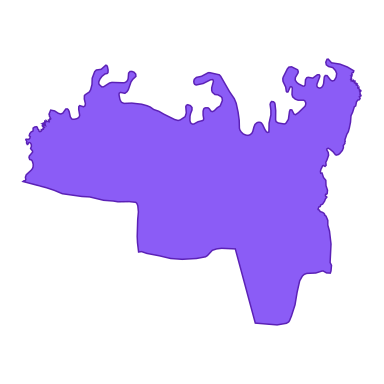 Changhan, Roi Et, Thailand (Equal Earth projection)
{"feature_id": "78962969B4502955936571", "entity_name": "Changhan", "entity_type": "district", "adm_level": 2, "iso_a3": "THA", "parent_name": "Thailand", "parent_adm1": "Roi Et", "projection": "equal_earth", "projection_center": [103.624, 16.158], "detail": "fine", "context": "isolated", "style": "filled", "palette": "violet", "viewbox_px": 384, "rotation_deg": 0, "n_neighbors": 0, "source": "geoboundaries", "source_scale": "gbopen_adm2", "svg_char_len": 5828}
<svg xmlns="http://www.w3.org/2000/svg" viewBox="0 0 384 384"><path d="M347.4,67.0L339.9,64.1L331.5,62.8L328.2,59.1L327.0,59.3L325.8,62.2L326.3,64.8L328.5,66.5L332.8,67.6L335.5,70.6L336.7,73.5L336.1,77.3L334.3,80.4L332.3,81.0L330.5,80.0L327.1,75.6L325.3,75.5L324.3,77.0L323.6,83.6L322.9,85.7L321.6,87.4L319.8,88.2L317.7,87.4L317.1,86.7L316.8,85.2L317.1,83.7L319.8,76.6L319.7,75.4L319.1,74.7L317.3,74.8L312.8,78.1L308.2,77.3L306.8,77.7L305.5,79.7L305.1,85.0L304.3,86.0L303.2,86.2L298.6,83.9L296.8,82.5L295.2,80.1L295.4,77.4L298.1,72.8L298.2,71.3L297.6,69.8L291.6,66.8L288.9,67.1L287.4,68.8L283.2,77.2L282.8,78.8L283.0,81.3L285.7,87.1L286.3,91.3L287.0,92.1L288.0,91.9L290.1,87.1L290.9,86.6L291.7,86.9L292.3,88.0L292.0,94.6L292.7,96.9L295.2,99.1L298.1,100.2L303.6,100.2L304.8,100.8L305.8,103.0L305.6,104.8L305.0,106.3L298.5,112.6L295.5,114.7L294.0,114.1L291.8,109.9L290.2,109.8L289.5,111.4L288.4,119.3L286.1,123.0L284.9,123.9L283.8,123.9L278.3,123.0L276.1,121.7L275.6,119.8L275.7,110.6L275.0,104.0L274.6,102.8L273.5,101.8L271.6,101.5L270.6,102.7L270.1,104.4L270.9,110.4L270.9,114.9L269.1,123.1L268.9,132.0L267.6,132.5L266.4,131.8L264.9,129.5L262.6,124.6L261.3,122.9L260.0,122.3L258.2,122.3L257.0,122.7L255.0,124.4L253.9,127.1L252.8,131.4L251.8,133.3L250.0,134.8L248.0,135.4L245.9,135.1L243.3,134.0L241.2,132.0L239.9,130.0L239.4,128.2L239.2,120.3L238.1,112.2L236.2,103.3L234.3,98.7L229.6,91.8L220.7,76.3L219.3,74.8L210.0,72.7L208.2,72.7L201.5,76.3L196.4,77.4L194.3,79.3L193.8,81.2L194.0,83.1L194.7,84.3L196.1,85.0L203.2,83.5L210.5,79.8L212.6,79.6L213.1,80.1L213.4,81.5L211.7,87.8L211.7,90.5L212.4,92.3L214.9,94.5L217.9,94.8L221.0,96.6L222.0,97.8L222.4,100.5L220.2,105.9L217.2,107.8L214.3,110.7L212.6,111.6L211.1,111.3L209.1,108.6L208.0,107.8L205.6,107.8L204.4,108.2L203.7,109.0L203.1,111.1L203.1,115.1L203.7,118.6L203.4,120.0L202.5,120.6L198.1,121.7L193.9,124.0L192.4,124.1L190.6,122.9L189.9,120.5L190.0,116.0L190.6,113.5L192.0,110.0L192.0,107.5L190.4,105.6L187.7,104.7L186.4,105.3L185.8,106.7L186.3,113.0L185.1,116.7L180.3,119.9L178.1,120.5L174.6,119.5L163.7,114.1L158.9,111.3L153.7,109.5L150.2,107.0L147.0,105.7L141.6,104.2L131.8,103.1L124.0,103.4L121.7,102.4L120.9,101.5L119.9,99.4L119.0,94.7L119.2,93.2L120.5,92.4L124.9,93.3L127.0,91.7L128.3,89.7L131.0,81.9L132.7,79.4L135.9,76.4L135.7,74.1L134.0,72.2L131.9,71.4L130.0,71.5L128.6,73.1L128.2,78.3L127.8,79.8L126.7,81.4L125.3,82.4L123.8,82.8L111.9,82.4L109.5,83.0L103.6,86.8L101.8,86.9L99.2,84.5L98.8,83.5L98.8,81.8L100.0,79.0L102.0,76.3L104.9,74.0L107.3,73.4L108.0,72.5L108.1,70.0L107.5,66.9L106.8,65.5L105.8,65.2L101.2,69.3L96.3,70.0L94.7,71.6L92.2,78.2L92.0,84.5L90.6,89.8L89.3,92.0L85.1,94.8L84.4,95.7L84.3,99.0L85.4,103.7L85.0,105.8L83.6,106.8L79.7,105.6L78.8,106.6L78.7,109.3L79.7,115.3L79.3,116.6L78.6,117.6L77.0,118.6L74.8,119.2L72.7,119.3L71.7,118.9L70.3,116.8L69.1,111.4L68.2,109.6L67.3,108.9L65.8,109.0L62.8,113.2L60.7,114.0L58.3,113.3L54.6,110.9L50.7,110.1L49.0,114.2L49.5,114.8L49.3,115.9L50.7,118.5L50.6,119.1L50.2,119.4L49.6,119.1L49.2,120.0L48.6,120.1L49.3,121.5L49.1,121.9L48.2,121.4L46.8,121.4L46.1,120.6L45.9,121.6L44.8,121.1L44.7,121.9L45.1,122.5L44.9,123.1L45.4,125.4L44.7,124.9L43.6,123.0L42.2,123.7L43.1,124.0L43.0,124.9L42.3,125.5L42.3,125.9L43.1,126.7L43.7,126.3L43.7,127.0L44.3,127.6L43.1,128.3L43.3,129.2L42.6,129.3L42.3,129.8L41.3,129.6L41.2,131.1L39.9,131.7L39.0,131.1L38.6,129.6L37.7,129.0L37.3,127.3L36.5,126.7L34.6,127.0L33.1,128.1L33.1,130.4L32.8,131.2L31.3,131.8L29.8,133.6L29.2,135.8L30.3,136.7L29.7,138.5L28.6,139.4L26.1,139.2L25.8,139.7L26.8,141.5L26.5,142.9L27.3,144.5L27.8,144.4L28.6,142.8L29.5,142.5L30.3,142.9L31.3,144.4L31.4,146.4L30.6,148.6L32.5,150.9L32.6,152.1L29.3,156.0L29.0,157.5L29.7,159.5L31.5,160.0L32.3,161.1L33.2,164.2L33.1,166.8L32.5,168.5L31.3,170.1L26.3,174.7L25.4,177.2L25.8,179.5L25.2,180.7L23.9,180.8L23.0,181.5L46.7,187.8L53.9,190.2L62.3,193.7L82.0,196.5L89.6,196.9L103.7,200.3L113.2,201.0L117.9,201.8L129.3,201.6L135.7,202.3L136.8,203.3L137.8,205.7L138.4,211.9L137.7,219.7L137.2,236.5L137.5,242.7L138.6,252.0L141.6,251.6L146.8,253.4L159.4,255.8L170.7,258.5L182.2,259.3L196.4,258.5L205.5,256.8L207.4,255.6L212.3,250.3L216.6,248.9L221.6,248.3L235.3,248.9L255.3,323.1L277.1,324.9L286.4,323.3L288.6,322.0L289.5,320.7L291.4,316.1L295.0,304.9L297.1,292.3L299.7,280.8L302.4,276.0L304.2,274.4L306.8,273.4L315.8,273.0L321.8,271.1L323.2,271.0L326.5,272.9L330.3,273.1L331.0,270.9L331.5,265.4L330.1,262.5L331.0,244.1L329.5,231.1L327.8,225.1L327.8,220.4L326.0,216.1L324.6,215.2L324.7,214.4L323.9,213.3L322.6,212.4L320.1,211.5L319.4,210.1L318.3,209.7L318.0,209.2L318.9,206.9L320.3,206.5L320.6,205.0L322.6,204.1L324.6,201.1L325.4,198.9L326.8,197.2L326.7,196.8L325.6,196.2L325.4,195.1L325.7,194.2L326.6,194.2L327.2,193.5L327.5,190.2L326.0,185.7L325.8,180.3L323.5,177.5L322.0,173.0L320.7,173.2L320.4,171.5L320.9,169.4L322.7,165.7L323.4,165.5L325.0,166.4L326.1,165.3L325.8,162.3L327.0,159.8L328.6,155.2L328.2,152.4L326.7,149.8L326.9,148.9L328.1,148.2L329.7,149.0L333.1,151.8L335.4,154.7L336.3,155.1L338.5,154.5L339.8,153.5L342.3,150.5L343.4,147.8L343.3,145.5L344.9,143.4L344.8,142.0L345.2,141.4L344.9,139.9L346.8,134.3L348.3,131.7L349.3,128.1L350.5,122.2L351.0,115.7L352.6,112.3L354.3,106.8L355.7,105.9L356.5,101.8L357.9,100.0L359.2,99.8L360.1,98.6L359.4,96.7L360.1,96.5L360.2,95.8L361.0,95.7L360.9,95.2L359.9,94.2L360.2,93.4L359.8,91.6L360.7,91.3L360.9,90.7L360.6,90.3L359.5,90.5L359.5,89.4L358.5,88.2L358.8,87.5L357.8,87.8L357.9,85.5L356.5,85.0L357.2,83.9L356.5,83.4L356.1,84.1L355.3,83.1L354.3,82.7L354.4,81.8L355.0,82.0L355.0,81.1L354.0,81.1L353.6,80.5L353.3,81.2L352.6,81.3L351.9,80.1L351.3,80.7L351.2,79.9L350.6,79.6L351.0,78.6L351.5,78.6L351.2,77.7L351.7,76.3L351.1,75.9L351.9,75.6L351.7,75.0L352.1,74.7L351.7,74.1L351.9,73.3L352.3,72.7L353.3,72.5L353.8,70.8L347.4,67.0Z" fill="#8b5cf6" stroke="#5b21b6" stroke-width="1.5"/></svg>